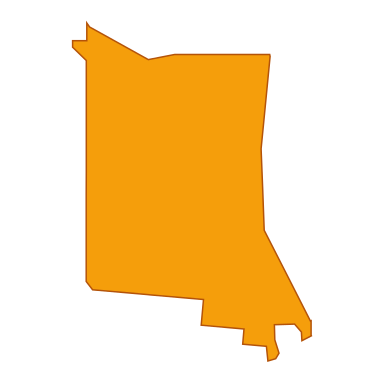 outline of 71, Umm Salal, Qatar
{"feature_id": "91078587B67880775667160", "entity_name": "71", "entity_type": "district", "adm_level": 2, "iso_a3": "QAT", "parent_name": "Qatar", "parent_adm1": "Umm Salal", "projection": "orthographic", "projection_center": [51.367, 25.463], "detail": "fine", "context": "isolated", "style": "filled", "palette": "amber", "viewbox_px": 384, "rotation_deg": 0, "n_neighbors": 0, "source": "geoboundaries", "source_scale": "gbopen_adm2", "svg_char_len": 601}
<svg xmlns="http://www.w3.org/2000/svg" viewBox="0 0 384 384"><path d="M311.4,335.8L311.1,335.2L311.1,320.7L310.4,321.0L286.6,274.2L264.2,230.3L262.7,189.3L261.1,148.8L264.5,114.1L270.1,56.4L269.7,54.5L244.3,54.5L174.6,54.5L148.3,59.6L89.6,27.0L86.8,23.0L86.8,28.8L86.8,40.7L72.6,40.7L72.6,47.2L86.3,60.5L86.3,172.1L86.2,195.3L86.2,281.5L92.6,289.8L147.8,294.6L150.4,294.9L203.5,299.5L201.2,325.2L244.0,329.0L242.7,344.2L266.4,346.3L267.9,361.0L275.7,358.7L279.0,353.2L274.8,339.8L274.4,324.7L294.6,324.1L301.4,332.0L301.9,340.7L311.4,335.8Z" fill="#f59e0b" stroke="#b45309" stroke-width="1.5"/></svg>